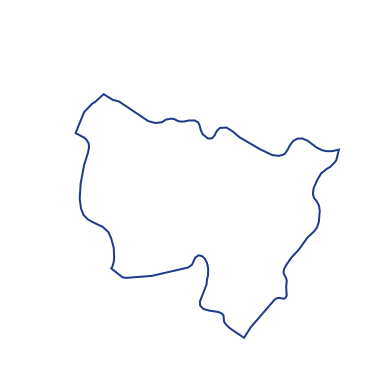 Mila, Equal Earth projection, rotated 119°
{"feature_id": "DZA-2220", "entity_name": "Mila", "entity_type": "Province", "adm_level": 1, "iso_a3": "DZA", "parent_name": "Algeria", "parent_adm1": "", "projection": "equal_earth", "projection_center": [6.134, 36.259], "detail": "fine", "context": "isolated", "style": "outline", "palette": "blue", "viewbox_px": 384, "rotation_deg": 119, "n_neighbors": 0, "source": "natural_earth", "source_scale": "10m", "svg_char_len": 1649}
<svg xmlns="http://www.w3.org/2000/svg" viewBox="0 0 384 384"><g transform="rotate(119 192 192)"><path d="M103.7,129.0L98.3,128.2L94.3,125.8L91.6,121.2L91.1,115.5L92.7,104.8L92.4,98.7L91.3,94.7L89.3,90.8L87.8,88.6L83.7,84.0L94.3,81.2L97.6,81.7L102.8,83.2L107.0,85.6L113.3,88.1L120.0,88.3L129.6,87.5L135.0,85.4L138.2,82.2L139.6,78.5L142.5,74.2L146.6,71.1L156.8,66.5L162.3,65.5L166.6,65.9L176.1,69.0L190.6,70.6L201.4,73.3L210.1,74.2L215.0,74.0L218.2,72.9L219.8,70.9L221.4,68.4L223.3,66.3L229.4,63.6L236.8,58.9L239.1,58.9L240.8,59.8L242.3,64.3L243.5,66.1L245.9,67.5L281.5,75.0L294.3,75.8L292.9,92.0L292.2,95.2L291.3,98.2L290.3,100.4L289.2,101.6L285.2,104.2L284.3,105.2L283.8,107.4L284.1,110.5L287.5,119.9L288.8,125.3L287.4,129.8L283.9,132.0L266.1,134.4L260.0,136.9L257.2,137.5L251.7,140.4L249.4,142.1L246.8,144.5L244.3,148.1L243.2,152.0L244.1,155.4L247.7,157.4L255.5,156.7L259.9,158.8L284.7,186.3L298.9,207.7L300.3,211.4L298.0,225.6L295.6,225.5L291.3,226.5L287.2,228.2L278.9,233.3L271.6,240.3L267.6,245.8L265.8,253.1L266.5,264.3L266.4,269.9L264.8,275.5L260.1,281.2L252.3,287.0L238.1,293.7L220.5,299.5L208.1,302.0L202.7,303.8L199.4,306.1L197.5,309.6L196.7,312.5L196.9,322.4L174.5,325.1L163.4,322.2L160.2,320.4L149.3,316.7L149.8,305.6L148.2,299.9L151.2,264.7L149.4,257.4L145.6,252.2L141.2,249.8L138.0,245.8L136.9,243.2L136.7,238.7L136.1,236.5L134.3,233.2L131.0,229.5L128.1,224.2L128.2,220.2L130.5,217.2L133.6,214.4L136.3,210.6L137.5,204.0L135.3,200.5L131.5,199.7L126.5,199.9L122.4,198.6L118.9,193.0L119.3,185.8L121.1,177.0L121.6,153.7L120.8,139.7L118.1,133.2L114.0,129.4L108.9,128.9L103.7,129.0Z" fill="none" stroke="#1e3a8a" stroke-width="2"/></g></svg>